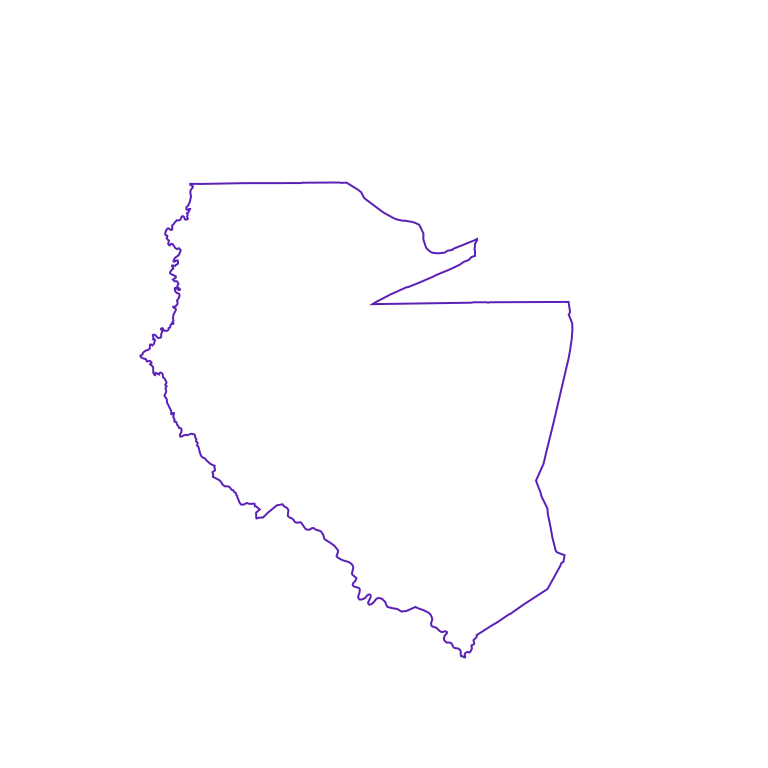 the district of Alfredo Baquerizo Moreno, Guayas, Ecuador, rotated 237°
{"feature_id": "8360857B37279599451859", "entity_name": "Alfredo Baquerizo Moreno", "entity_type": "district", "adm_level": 2, "iso_a3": "ECU", "parent_name": "Ecuador", "parent_adm1": "Guayas", "projection": "mercator", "projection_center": [-79.533, -1.955], "detail": "fine", "context": "isolated", "style": "outline", "palette": "violet", "viewbox_px": 768, "rotation_deg": 237, "n_neighbors": 0, "source": "geoboundaries", "source_scale": "gbopen_adm2", "svg_char_len": 6166}
<svg xmlns="http://www.w3.org/2000/svg" viewBox="0 0 768 768"><g transform="rotate(237 384 384)"><path d="M657.4,330.5L656.4,330.0L654.5,331.3L653.5,331.2L652.9,330.2L651.8,327.2L649.3,325.4L646.5,324.4L642.4,320.2L640.2,316.7L640.1,315.1L639.6,314.2L638.0,313.4L637.1,313.9L636.9,316.1L636.4,316.7L635.9,316.1L635.4,314.6L634.3,313.4L634.6,311.8L633.2,311.6L632.4,311.1L631.8,310.0L629.4,309.5L629.2,308.7L630.2,306.8L633.3,307.2L634.3,306.7L634.6,305.6L632.7,302.7L632.9,301.1L634.2,299.3L633.6,297.5L633.4,296.2L632.6,294.6L632.4,292.8L631.7,292.1L629.5,291.1L628.9,290.3L629.2,289.2L631.9,288.0L632.3,287.2L631.4,284.6L629.2,282.3L628.1,281.9L626.4,282.9L625.9,282.8L624.6,281.1L621.1,281.6L619.4,279.5L617.8,279.3L616.9,279.9L617.5,281.8L616.6,282.9L611.5,283.1L609.9,283.8L609.5,286.0L606.9,286.4L603.9,282.1L603.6,277.4L602.1,274.7L601.4,274.3L600.8,274.8L600.5,277.2L600.1,278.1L598.8,277.9L597.1,276.7L597.2,274.4L596.8,273.3L598.5,271.4L598.7,270.7L598.1,270.3L596.5,270.5L595.7,270.3L594.8,266.4L594.0,265.2L593.2,265.0L592.3,265.2L587.8,268.0L586.9,267.7L586.6,267.2L586.5,263.8L584.2,264.4L583.0,266.2L582.4,266.4L579.9,266.2L579.1,264.4L578.2,263.6L574.5,264.5L574.1,263.7L574.5,263.1L578.2,261.6L578.4,261.2L577.8,260.4L576.1,259.6L574.9,259.5L573.5,259.7L571.3,261.2L570.6,261.2L569.8,260.8L568.9,260.1L567.4,257.8L566.6,255.7L564.9,255.4L563.6,254.4L562.6,251.5L563.5,249.3L562.7,249.1L560.8,250.2L559.5,249.9L556.7,245.1L554.1,242.8L551.7,241.9L551.1,240.1L550.1,240.5L549.4,240.4L549.2,239.7L549.9,238.7L550.0,237.4L547.9,235.5L548.2,233.9L546.9,232.8L546.7,231.6L547.2,230.1L548.0,229.2L549.0,228.6L551.2,228.8L551.7,228.3L551.8,227.2L551.1,226.7L549.8,227.1L548.8,226.8L547.3,224.4L544.8,222.7L544.5,221.8L545.8,219.4L549.4,218.9L550.7,218.0L551.0,216.9L550.2,216.2L548.3,215.9L547.2,214.7L546.2,215.9L545.6,215.9L543.0,212.9L542.5,210.7L544.1,210.1L544.4,209.4L543.8,208.6L541.2,206.8L541.2,204.2L541.8,202.2L541.8,200.5L541.3,198.6L540.3,197.5L540.5,195.8L540.2,194.9L539.0,194.8L537.1,195.6L534.4,197.9L532.2,197.4L531.8,197.9L531.2,199.9L530.2,200.5L529.0,200.7L528.3,200.6L528.1,198.6L525.3,199.4L523.7,199.5L519.1,196.6L516.5,196.5L516.1,196.9L517.6,197.9L517.6,198.7L514.5,200.4L515.5,201.8L515.2,202.9L513.9,203.6L512.6,203.6L510.1,202.4L507.7,202.9L503.6,202.4L502.4,200.1L501.8,200.0L500.6,200.5L499.3,198.3L496.8,197.6L495.8,196.7L494.2,194.0L493.4,193.4L489.9,193.6L486.5,191.9L477.7,190.9L474.5,189.2L474.0,190.0L474.5,191.6L474.0,192.0L471.1,189.3L468.4,189.0L466.8,187.8L466.5,187.8L465.8,188.8L465.2,189.0L462.3,188.3L460.6,188.6L458.8,188.2L457.6,189.5L456.5,189.6L454.4,188.3L452.7,185.4L451.0,184.5L450.2,185.6L450.0,188.0L449.3,190.1L448.2,191.0L447.3,195.2L445.5,197.1L444.5,197.6L441.7,196.6L440.0,196.6L438.3,195.1L436.4,195.7L435.5,195.2L434.2,193.7L432.2,194.1L425.7,191.9L423.1,191.5L421.3,191.8L419.2,193.3L417.3,193.3L411.5,194.9L407.6,197.4L406.0,196.1L404.1,195.7L403.5,194.8L403.5,192.1L401.0,191.4L399.5,189.9L393.5,193.3L391.8,193.9L387.5,193.9L385.9,194.4L384.7,195.0L383.5,197.0L381.7,198.4L378.5,198.5L376.9,199.7L375.3,199.4L374.2,200.2L373.0,200.3L371.6,199.7L370.3,199.9L368.5,199.2L366.4,199.0L363.7,198.3L360.9,198.4L360.2,199.1L359.2,200.9L359.0,204.1L356.7,205.9L354.2,210.2L351.8,209.2L351.5,209.9L346.5,211.5L345.8,206.7L341.4,204.0L340.7,203.9L339.7,206.8L337.9,210.0L339.3,216.3L340.6,228.1L338.3,233.5L336.2,233.5L333.0,235.1L330.8,235.2L329.8,234.8L327.5,232.7L325.6,231.5L323.7,232.0L321.5,233.5L320.1,234.0L316.6,234.2L315.2,235.2L313.6,238.6L312.8,239.0L305.8,239.2L303.8,240.0L302.3,242.4L302.4,244.8L301.7,246.4L298.7,247.6L295.7,250.3L294.3,250.9L290.8,250.9L286.1,249.6L280.7,252.2L275.5,254.3L270.4,254.8L268.9,254.6L268.1,253.9L265.8,250.7L265.1,250.4L264.2,250.5L260.4,252.3L258.4,253.6L253.8,257.5L251.1,258.6L249.5,258.9L247.6,258.7L246.2,257.8L242.6,253.9L241.4,253.6L236.4,255.1L235.6,254.6L234.4,252.5L233.8,249.8L233.2,248.7L232.0,248.2L230.6,248.5L226.5,251.9L225.5,251.9L224.6,251.7L222.4,249.8L219.6,246.4L218.8,246.0L216.7,246.0L215.6,247.5L214.9,250.2L214.9,251.6L215.8,254.7L215.9,256.1L215.5,257.0L214.6,257.7L213.5,257.5L212.5,256.7L209.4,251.6L208.5,251.2L207.5,251.3L206.7,251.8L206.3,253.1L206.4,255.9L208.0,260.7L207.7,262.5L206.8,263.7L205.0,265.3L200.6,266.3L196.3,265.4L195.2,265.5L191.8,268.5L188.2,272.5L183.7,274.7L181.4,279.3L179.9,288.9L176.4,291.1L172.8,294.0L168.1,296.7L166.6,297.2L164.5,297.4L161.6,296.9L160.1,296.0L157.4,292.9L155.5,292.2L154.0,292.6L151.2,295.1L146.7,296.1L145.1,296.9L144.1,298.0L143.3,300.7L142.0,301.6L141.2,301.5L140.7,300.9L140.0,298.1L138.7,296.3L137.3,295.3L135.6,295.0L133.1,295.6L131.5,298.1L130.4,299.0L128.9,299.3L126.4,298.9L124.4,299.2L121.9,302.0L120.3,302.8L118.2,302.8L115.1,300.9L113.6,300.4L113.2,301.4L110.9,302.4L110.6,303.0L111.0,303.6L113.1,304.2L114.0,305.5L113.9,307.9L112.3,309.5L112.7,311.2L114.3,313.7L117.0,314.9L117.2,315.8L116.7,317.3L116.9,317.9L117.4,318.5L120.4,319.5L121.2,323.4L122.1,324.6L122.9,324.8L122.8,341.8L122.5,348.5L122.7,363.4L122.4,364.9L123.0,379.9L123.0,409.5L135.3,432.5L137.2,435.2L137.2,437.7L142.1,442.2L148.0,437.8L149.6,437.2L151.0,437.3L163.8,441.7L172.2,445.3L185.5,450.5L190.7,453.3L204.1,454.9L207.8,456.2L218.5,458.4L220.1,459.2L220.3,459.0L230.1,474.2L234.9,479.3L235.7,479.0L235.1,479.4L259.0,504.9L305.2,553.0L310.6,558.1L319.2,565.7L326.5,571.3L332.4,574.9L341.6,576.7L341.7,577.3L343.0,579.2L352.3,583.5L395.1,517.0L395.4,515.7L396.8,514.4L403.8,503.6L404.4,501.9L457.2,417.9L457.1,422.3L455.5,438.7L452.9,455.4L452.0,457.6L449.8,468.8L447.2,484.1L447.1,486.3L444.3,501.4L442.8,512.4L443.0,517.1L441.9,522.5L442.8,526.5L441.9,530.0L444.9,532.1L448.1,533.6L450.5,535.7L452.0,536.7L454.0,540.6L455.0,541.0L455.2,538.4L459.7,515.4L459.2,514.5L461.2,509.8L461.1,506.6L464.0,500.7L467.2,496.7L469.2,495.1L473.3,493.8L475.6,493.6L483.7,495.7L488.7,499.0L494.6,499.9L498.5,500.2L502.7,497.5L505.0,495.5L509.5,490.5L510.8,488.6L515.0,484.4L517.9,482.4L528.2,476.9L549.3,469.1L551.4,468.7L557.2,469.3L561.0,468.0L572.6,462.6L573.6,461.7L575.7,458.1L577.7,455.7L597.3,425.1L597.8,423.7L629.5,374.7L651.0,340.2L657.4,330.5Z" fill="none" stroke="#5b21b6" stroke-width="2"/></g></svg>